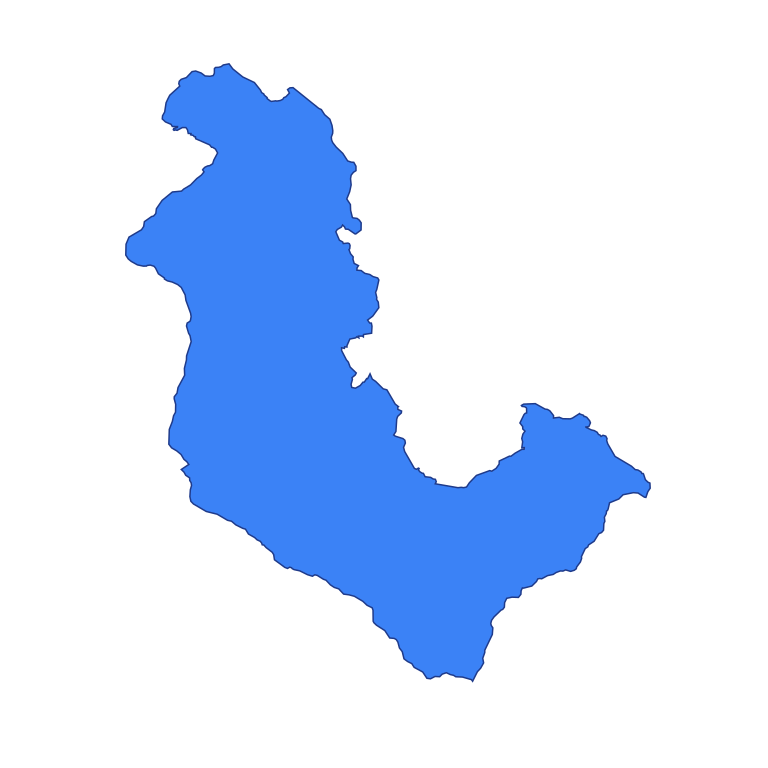 the district of Bulz, Bihor, Romania, rotated 103°
{"feature_id": "2599482B85347677454523", "entity_name": "Bulz", "entity_type": "district", "adm_level": 2, "iso_a3": "ROU", "parent_name": "Romania", "parent_adm1": "Bihor", "projection": "mercator", "projection_center": [22.68, 46.864], "detail": "fine", "context": "isolated", "style": "filled", "palette": "blue", "viewbox_px": 768, "rotation_deg": 103, "n_neighbors": 0, "source": "geoboundaries", "source_scale": "gbopen_adm2", "svg_char_len": 6171}
<svg xmlns="http://www.w3.org/2000/svg" viewBox="0 0 768 768"><g transform="rotate(103 384 384)"><path d="M175.6,659.7L177.8,655.9L178.9,649.9L180.7,648.2L179.6,643.1L180.5,643.0L182.4,646.4L183.6,646.5L184.1,645.6L183.4,644.5L183.4,642.6L179.5,638.2L178.7,634.7L180.5,632.7L183.9,631.1L183.4,628.4L184.7,628.4L184.7,625.8L185.8,624.4L185.5,623.3L187.4,622.7L190.2,607.7L192.1,605.3L191.9,604.2L193.0,601.1L196.3,598.1L204.0,600.2L207.9,600.5L210.4,602.9L211.2,604.9L213.0,607.2L214.8,608.4L216.1,608.9L217.8,607.1L221.5,608.9L225.9,612.6L233.6,617.3L239.1,623.0L241.6,624.7L244.5,633.4L255.0,641.5L264.4,645.2L269.2,644.7L272.2,646.3L273.1,648.1L279.7,654.0L284.6,653.6L288.3,655.0L298.2,665.5L305.8,666.8L316.5,664.6L319.7,661.3L321.4,657.9L323.4,651.1L323.3,645.1L322.5,641.9L321.8,641.5L320.7,638.5L321.0,634.6L322.4,632.7L327.4,628.6L330.1,621.8L331.1,621.6L332.2,618.3L332.3,613.3L333.5,607.4L335.5,603.3L341.9,597.8L347.1,595.8L358.5,588.4L361.7,587.1L365.3,586.9L366.6,587.2L368.9,589.5L371.9,589.5L378.5,585.8L380.5,583.9L386.1,581.4L401.0,582.7L405.1,581.9L413.7,582.0L420.3,580.2L433.8,583.9L439.5,583.6L443.6,585.5L445.6,585.1L450.7,582.4L458.4,580.8L462.3,581.9L468.1,581.8L476.5,583.0L491.1,580.1L494.0,576.6L495.8,570.9L498.3,565.9L502.4,562.0L504.1,558.6L506.3,556.1L512.9,562.3L514.9,559.0L517.5,556.7L519.2,552.3L521.7,551.6L523.6,549.7L526.2,548.7L530.6,548.9L537.4,547.8L541.7,545.8L543.8,542.6L548.2,528.5L548.4,517.3L552.0,505.8L552.0,501.7L554.6,496.7L556.4,489.2L556.6,486.3L560.7,482.3L562.7,475.5L564.4,472.6L565.1,469.2L566.4,467.5L568.1,466.5L567.9,464.9L569.9,462.1L573.1,455.1L575.1,453.1L579.9,451.2L585.0,439.4L585.4,436.5L583.7,434.7L583.8,432.9L584.6,431.8L585.1,429.9L585.0,424.1L587.0,415.7L587.4,410.5L585.5,408.5L585.5,406.0L587.9,399.1L588.2,396.4L591.8,391.0L593.4,386.7L593.8,382.0L597.8,376.1L597.3,370.6L597.5,365.1L600.5,355.7L603.4,350.8L604.7,345.2L606.9,343.8L617.6,341.2L618.9,340.1L620.7,337.1L624.1,327.7L630.2,321.3L629.6,316.8L630.3,314.5L632.4,312.4L637.7,309.6L640.7,306.0L647.3,302.7L649.1,298.6L650.2,294.0L653.3,290.9L655.9,281.5L661.1,276.0L660.8,272.4L657.5,268.5L656.7,263.9L653.6,262.0L651.3,258.3L652.2,254.0L652.2,250.7L653.1,248.2L651.9,241.6L652.4,232.3L653.7,230.8L643.4,228.3L639.2,225.9L633.3,224.2L629.0,226.1L623.0,225.4L620.7,225.9L603.7,222.1L597.1,223.1L595.2,225.1L593.3,226.1L590.0,226.0L586.2,224.4L578.0,219.1L576.9,217.6L574.4,216.5L569.9,217.3L565.2,216.2L562.9,211.3L561.7,205.0L558.1,203.3L554.6,203.9L551.6,203.3L551.5,202.1L547.6,194.5L542.1,191.0L539.3,190.3L538.5,188.5L538.3,186.5L533.9,181.5L531.5,176.3L528.9,173.8L526.5,170.1L526.0,167.5L524.3,165.2L524.6,160.0L522.7,156.7L520.8,155.1L518.9,155.1L513.2,152.6L509.5,152.2L507.8,152.8L499.1,150.9L496.9,148.8L494.8,148.5L490.0,143.9L481.5,141.0L479.8,138.6L477.1,137.2L470.5,138.4L468.2,137.9L464.2,139.3L460.4,138.3L457.6,138.6L457.0,137.8L455.3,137.5L449.0,137.5L443.2,129.3L438.1,126.1L433.8,116.6L433.1,111.9L435.7,104.8L435.6,103.3L429.6,102.7L425.7,101.2L420.7,102.6L420.3,104.7L418.4,107.8L413.3,110.9L412.9,111.5L413.2,112.6L411.8,113.8L410.7,117.2L410.9,120.0L408.4,124.4L402.6,142.6L392.0,152.5L389.0,154.3L387.0,154.4L384.9,156.2L384.7,159.1L386.3,160.7L385.2,161.9L384.9,163.7L383.1,165.4L382.1,168.6L382.1,171.6L380.8,177.4L380.5,177.6L379.4,174.8L375.4,174.1L373.5,175.4L370.8,179.0L370.4,181.0L370.7,181.7L369.6,182.6L369.2,186.4L368.8,186.8L374.9,192.8L376.1,194.8L377.6,202.0L377.0,205.7L379.0,211.2L376.6,211.7L372.8,216.4L372.0,219.0L372.2,221.4L369.1,232.2L372.2,243.4L374.0,245.3L374.8,244.4L374.5,242.0L375.0,240.2L375.7,239.6L380.1,238.5L380.8,239.8L382.3,240.7L391.4,242.8L394.3,239.3L396.6,238.7L398.2,236.0L401.6,237.4L406.1,237.5L409.1,235.9L415.0,235.4L414.4,233.0L416.1,232.8L416.7,235.0L421.9,240.7L425.8,244.0L426.1,245.6L433.1,254.4L436.2,253.8L441.0,255.8L444.7,259.4L444.6,261.5L452.3,273.4L461.0,278.6L465.8,280.4L467.1,283.1L467.3,285.5L468.4,288.6L469.7,311.6L467.4,311.1L465.3,312.5L465.5,314.7L464.5,317.5L465.1,323.1L462.2,325.5L462.3,326.8L461.5,329.2L460.1,331.0L458.4,330.8L458.2,331.6L459.8,333.2L459.4,335.4L445.1,348.7L441.3,350.7L436.7,349.9L434.1,351.0L432.9,353.3L432.3,361.2L431.5,363.1L427.6,361.7L415.4,363.7L412.5,363.4L408.3,360.6L406.4,360.8L405.6,364.8L403.3,365.4L402.8,364.9L401.0,368.6L389.0,379.9L388.9,383.7L383.3,392.8L381.9,396.5L377.2,399.9L382.6,401.2L382.6,402.1L386.6,403.6L386.9,404.9L390.8,406.8L394.5,410.9L394.6,414.7L391.7,416.0L386.7,415.8L385.0,416.6L381.6,414.0L379.5,413.5L375.1,420.8L370.7,423.7L368.9,426.1L361.0,432.8L358.2,433.5L358.2,430.6L356.6,430.7L356.3,428.4L355.0,428.7L347.9,427.4L345.4,421.9L344.1,421.2L344.7,418.9L343.1,419.7L342.2,415.9L342.7,414.7L340.4,415.1L337.3,407.5L330.4,408.7L327.5,410.0L327.8,411.7L325.4,414.4L320.3,410.2L310.8,406.2L305.5,408.0L303.2,410.3L301.5,410.4L296.6,412.8L293.4,412.3L283.8,412.4L282.1,414.0L281.8,418.9L280.5,422.5L280.5,427.6L278.6,431.8L279.2,436.0L277.0,436.4L274.4,435.5L273.2,440.2L269.4,442.3L267.1,442.6L264.6,445.9L260.9,448.4L260.0,447.8L256.7,448.2L255.1,449.3L254.8,450.8L256.3,455.3L254.9,456.2L253.9,459.8L246.5,465.2L244.0,464.3L240.7,460.8L238.4,460.1L239.8,457.8L241.7,456.4L241.3,453.6L244.3,446.0L244.1,445.2L239.1,441.0L232.1,442.5L229.9,444.9L228.7,447.5L229.1,451.5L228.8,452.3L222.3,455.6L216.7,457.1L212.1,461.9L204.4,460.7L197.4,460.8L191.5,462.8L187.9,463.0L184.6,461.4L182.4,459.3L178.1,460.3L174.8,463.3L175.2,465.8L174.8,469.6L168.6,476.0L163.9,483.9L160.4,488.2L158.1,489.9L155.3,490.9L151.3,490.4L148.6,490.9L143.8,492.8L138.2,496.3L134.9,502.5L130.7,506.8L130.1,509.6L115.7,539.3L116.6,542.3L118.8,544.2L121.8,541.6L126.2,544.2L127.5,546.0L129.4,546.7L131.1,548.8L132.5,552.2L132.4,553.1L134.0,557.3L133.8,558.5L132.2,562.1L131.2,562.3L129.5,565.6L128.4,566.4L127.6,568.8L125.5,570.4L119.4,578.1L116.6,590.7L111.0,602.2L106.9,607.0L109.3,612.4L111.4,614.1L112.6,616.3L113.5,619.4L114.8,620.2L119.4,619.2L121.9,619.8L123.3,622.7L124.1,627.6L122.1,632.1L121.4,637.9L122.8,641.3L129.9,645.5L132.7,650.1L135.1,651.6L137.6,651.5L139.7,650.0L150.8,657.7L154.7,658.7L159.0,659.6L168.3,658.9L172.5,660.1L175.6,659.7Z" fill="#3b82f6" stroke="#1e3a8a" stroke-width="1.5"/></g></svg>